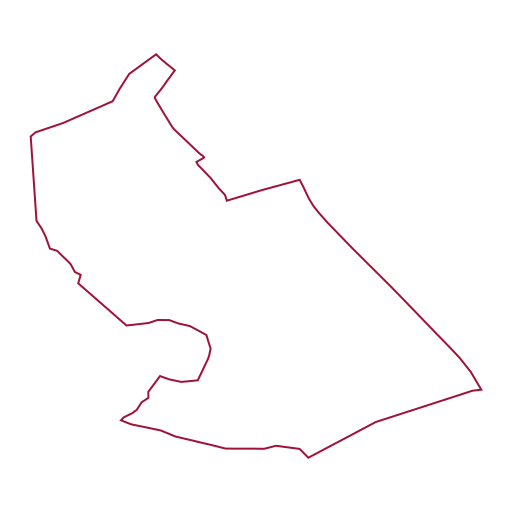 Kesm Awal Assuit, Asyut, Egypt (orthographic projection)
{"feature_id": "37247803B33059704038679", "entity_name": "Kesm Awal Assuit", "entity_type": "district", "adm_level": 2, "iso_a3": "EGY", "parent_name": "Egypt", "parent_adm1": "Asyut", "projection": "orthographic", "projection_center": [31.152, 27.186], "detail": "fine", "context": "isolated", "style": "outline", "palette": "rose", "viewbox_px": 512, "rotation_deg": 0, "n_neighbors": 0, "source": "geoboundaries", "source_scale": "gbopen_adm2", "svg_char_len": 1733}
<svg xmlns="http://www.w3.org/2000/svg" viewBox="0 0 512 512"><path d="M121.0,420.3L131.1,424.3L160.6,430.4L175.4,436.5L213.8,445.6L225.7,448.6L243.4,448.7L256.5,448.7L264.1,448.8L268.4,447.7L276.0,445.8L299.6,448.9L308.3,457.7L334.8,443.7L375.8,422.0L426.9,405.5L469.4,391.7L472.6,390.7L481.3,389.7L470.9,372.1L459.6,357.8L452.2,349.9L435.5,332.7L405.4,301.5L391.9,287.6L371.9,267.7L351.5,247.4L327.3,222.4L317.9,211.7L313.6,206.2L309.0,198.8L303.3,186.9L299.7,179.8L274.4,186.7L261.9,190.1L226.8,200.7L225.4,196.1L225.1,195.4L224.8,194.7L223.7,193.5L219.0,188.5L217.8,187.1L217.5,186.7L212.5,180.4L210.7,178.0L208.8,176.1L205.7,172.9L202.1,169.1L198.1,165.1L196.4,162.0L196.5,161.9L202.4,158.6L204.1,157.4L203.8,157.0L203.4,156.6L202.3,155.3L201.7,155.0L201.0,154.7L197.7,151.8L187.9,142.4L180.3,135.2L174.8,130.0L173.0,128.0L170.0,123.5L168.6,121.1L166.1,117.0L164.9,115.1L159.7,106.5L156.3,100.7L155.5,99.2L155.2,98.5L154.7,97.8L154.8,97.2L155.0,96.8L156.7,94.7L158.1,92.8L160.0,90.6L162.0,88.0L167.5,80.3L169.8,77.2L173.1,72.6L174.8,70.4L174.2,69.9L173.9,69.6L166.6,63.8L163.7,61.3L161.7,59.7L156.1,54.3L129.2,73.9L119.5,89.1L112.7,101.2L63.1,123.0L35.4,132.4L30.7,136.5L36.5,220.8L41.6,228.5L45.4,236.1L47.6,242.1L49.9,248.6L57.1,250.8L63.1,256.7L67.8,261.2L70.6,264.1L72.2,267.0L74.8,271.9L80.7,274.9L79.9,277.6L78.2,283.3L126.5,325.5L139.9,324.0L148.6,323.0L157.5,320.0L169.3,320.1L178.1,323.4L181.3,324.1L190.0,326.1L195.9,329.3L206.4,335.0L208.2,341.0L210.6,348.7L209.1,355.8L207.9,359.1L203.8,367.7L197.8,380.3L188.1,381.3L181.3,381.9L169.4,379.4L160.0,376.1L154.8,383.1L153.3,385.1L148.3,391.8L148.4,397.8L141.6,402.3L136.8,409.8L132.2,413.2L124.0,417.2L121.0,420.3Z" fill="none" stroke="#9f1239" stroke-width="2"/></svg>